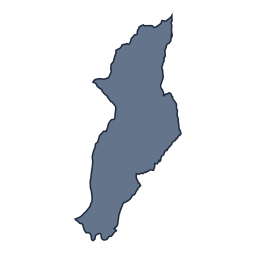 outline of Panqueba, Boyacá, Colombia
{"feature_id": "7082276B16553832193382", "entity_name": "Panqueba", "entity_type": "district", "adm_level": 2, "iso_a3": "COL", "parent_name": "Colombia", "parent_adm1": "Boyacá", "projection": "equal_earth", "projection_center": [-72.459, 6.443], "detail": "fine", "context": "isolated", "style": "filled", "palette": "slate", "viewbox_px": 256, "rotation_deg": 0, "n_neighbors": 0, "source": "geoboundaries", "source_scale": "gbopen_adm2", "svg_char_len": 5752}
<svg xmlns="http://www.w3.org/2000/svg" viewBox="0 0 256 256"><path d="M180.9,134.2L180.9,133.1L180.2,131.1L180.2,130.6L179.2,129.1L179.1,128.9L178.6,123.5L178.2,120.2L178.0,117.7L177.2,115.9L177.1,112.9L177.2,111.9L177.5,110.7L177.3,110.0L176.7,109.1L176.5,108.2L176.4,107.1L176.5,104.5L176.4,103.8L175.5,102.6L174.7,101.3L173.3,99.5L172.5,97.7L172.6,96.8L172.2,96.5L171.8,96.4L171.7,96.3L171.6,95.5L171.3,94.7L170.8,93.8L170.1,93.1L169.5,92.9L168.8,92.9L168.4,93.2L168.0,93.7L167.7,93.8L166.4,93.9L165.8,94.0L165.2,94.4L164.4,95.3L163.5,95.7L163.5,95.3L163.6,94.6L163.6,94.0L163.6,93.0L162.4,89.9L162.1,89.5L161.0,88.1L160.7,87.2L160.6,86.4L160.7,84.9L160.8,84.2L161.0,83.8L161.5,82.8L161.8,82.0L162.1,80.5L162.8,78.9L163.2,77.6L163.2,76.6L162.8,73.3L162.6,70.3L162.5,69.7L162.4,69.2L161.7,67.8L161.6,67.2L161.8,66.9L162.4,66.0L162.5,65.7L162.7,63.8L163.0,63.0L163.6,62.2L163.7,61.7L164.0,60.9L164.1,60.2L164.0,59.0L164.2,58.2L163.9,58.1L163.9,57.8L164.6,57.2L165.0,56.7L165.2,55.8L165.3,54.8L165.0,53.3L165.0,52.4L165.0,50.1L165.4,49.1L166.2,47.4L166.5,45.4L167.1,44.3L167.6,43.8L168.5,43.5L169.1,43.2L169.6,42.6L170.6,41.1L170.8,40.8L170.8,39.7L171.0,38.7L171.2,38.1L171.5,37.6L172.0,36.5L172.1,35.3L171.7,35.8L171.3,36.0L171.5,35.1L171.6,33.3L171.7,32.0L171.6,31.4L171.5,30.1L171.8,26.5L171.6,24.5L171.1,23.1L171.9,21.0L172.1,19.9L171.9,17.9L171.9,15.9L171.9,15.4L171.4,16.3L170.6,17.3L167.7,19.7L166.3,20.7L165.2,21.3L164.9,21.3L164.2,20.9L163.2,20.6L162.1,20.5L161.7,20.9L161.0,23.4L160.8,23.6L156.9,26.4L154.7,27.5L154.4,27.6L154.0,27.5L152.5,25.9L152.2,25.8L151.4,25.7L150.8,25.5L150.4,25.5L149.4,25.7L146.8,25.6L144.9,25.9L143.9,25.5L143.6,24.9L142.2,25.3L140.6,26.1L139.9,26.5L139.3,26.6L139.0,27.9L138.4,29.1L137.7,30.0L137.2,32.2L137.2,33.7L137.1,34.1L137.0,34.3L136.4,34.6L135.8,34.8L135.0,34.6L134.4,35.2L134.0,35.4L133.7,35.7L133.4,36.1L133.3,36.7L132.9,37.2L132.6,37.3L131.8,37.8L131.1,39.0L130.7,41.2L130.0,42.7L129.4,43.6L129.2,43.8L128.3,44.2L128.2,44.2L127.3,43.8L126.9,43.7L126.5,43.7L125.4,44.3L124.4,44.3L123.7,44.5L122.5,44.6L122.2,44.8L121.2,46.8L120.5,47.8L120.0,48.2L118.5,49.0L115.9,50.3L116.0,51.8L116.0,52.7L115.8,53.8L115.5,54.5L115.0,55.5L114.7,56.4L114.2,58.4L113.9,59.3L113.6,61.0L113.3,61.7L111.3,64.1L111.1,64.5L111.0,65.0L111.0,66.6L110.8,68.6L110.8,69.1L110.8,69.7L111.3,71.4L111.3,71.8L111.1,72.3L110.7,72.9L110.2,74.3L109.5,75.5L109.2,76.0L109.0,76.6L109.0,77.0L108.7,77.7L108.3,77.9L107.4,78.0L106.7,78.4L104.6,79.0L102.9,79.1L101.6,79.0L100.0,78.6L97.1,79.0L95.5,79.7L95.3,79.5L94.9,79.6L93.1,81.7L92.9,82.0L93.5,82.5L94.9,82.9L95.6,83.3L96.2,84.0L97.3,86.5L100.7,89.1L101.0,89.1L101.7,89.4L101.9,89.7L102.0,90.2L102.0,90.9L102.1,91.3L103.0,92.1L104.9,94.4L105.1,94.6L106.0,95.0L106.6,95.5L107.1,96.1L107.9,97.7L109.8,100.1L110.7,101.5L111.0,101.7L111.7,101.9L112.6,102.6L113.9,104.3L115.7,106.5L115.8,106.9L115.7,107.7L115.7,108.9L115.6,110.3L115.3,112.5L115.0,115.9L114.9,118.1L114.7,118.7L114.2,119.1L113.2,119.4L111.6,119.7L110.8,120.3L110.4,120.7L109.9,121.6L109.0,122.9L108.3,124.4L108.0,125.8L107.6,127.6L107.1,129.1L106.3,130.5L106.2,130.9L106.2,131.5L104.4,131.2L103.7,131.2L103.0,131.8L102.3,132.8L100.5,134.5L99.6,135.6L99.2,137.0L98.6,138.6L98.1,141.0L97.8,141.8L97.6,142.1L96.8,142.8L96.2,143.2L95.4,144.3L95.3,144.8L95.3,146.2L95.0,147.0L94.8,148.0L94.6,148.6L93.9,150.1L93.3,151.9L93.2,152.4L92.5,155.2L92.2,157.2L92.3,158.4L92.6,159.9L92.7,161.3L92.6,164.1L92.2,167.7L91.7,170.8L91.2,174.1L91.0,176.8L90.4,180.4L90.2,182.1L90.2,183.2L90.4,184.5L90.3,186.4L90.5,188.1L91.3,190.9L91.6,192.6L91.6,193.6L92.1,196.9L92.0,200.5L91.9,201.4L91.7,202.1L90.7,203.7L90.4,205.2L90.2,205.8L89.4,207.3L88.2,208.8L87.2,210.0L86.2,211.3L82.9,214.5L82.7,214.7L82.6,215.0L80.6,216.6L79.1,217.5L77.6,218.2L76.2,218.6L75.1,219.1L75.7,219.9L78.3,221.7L79.9,223.4L81.3,223.6L81.9,223.9L82.5,224.3L82.7,224.6L83.9,228.9L84.3,230.0L85.1,231.3L85.9,232.5L86.1,232.7L86.8,232.9L87.8,232.6L88.6,232.7L89.5,233.2L90.0,233.7L90.8,234.9L91.1,235.6L91.2,236.2L91.3,238.4L91.5,239.3L91.9,239.8L92.6,240.5L93.2,240.6L94.9,239.1L95.1,238.1L95.2,236.5L95.6,235.7L95.9,235.3L97.4,234.2L99.4,233.5L100.1,233.5L100.4,233.7L100.8,234.2L101.0,234.6L101.1,235.3L101.1,235.9L101.2,237.0L101.6,238.2L101.9,238.8L102.8,239.6L103.9,240.0L105.0,240.0L106.8,239.4L107.3,238.9L109.1,236.4L109.3,236.3L110.7,236.3L111.2,236.2L111.4,236.1L111.6,235.9L113.6,233.4L114.2,232.4L114.6,231.9L115.9,231.2L116.4,230.8L116.3,230.4L116.0,230.0L114.1,228.7L114.1,228.4L114.2,228.2L115.3,227.7L116.1,227.0L117.3,225.4L117.5,224.8L118.0,222.1L118.2,219.5L118.6,218.0L118.8,215.1L119.6,213.5L119.6,212.4L119.8,211.9L120.6,210.0L122.8,204.2L123.0,203.8L123.5,203.1L124.1,202.7L127.2,201.3L128.2,200.6L129.9,199.3L130.5,198.7L131.0,198.0L131.5,197.2L132.1,195.8L132.5,195.3L134.0,194.9L134.5,194.6L134.8,194.2L136.8,190.2L137.8,189.2L137.8,188.6L138.7,187.4L139.6,186.6L140.6,185.6L139.4,183.3L139.0,182.9L138.5,182.9L138.2,182.7L137.8,180.9L137.0,179.7L136.7,178.6L136.3,177.9L136.2,177.2L136.3,175.3L136.2,173.7L136.3,173.7L136.8,173.9L139.1,174.2L141.3,173.2L142.3,173.3L142.7,173.7L144.6,172.3L145.1,172.2L145.9,172.4L146.7,171.7L148.5,171.1L148.8,170.7L150.4,169.8L151.1,169.8L152.6,170.3L153.5,170.3L153.6,169.7L154.7,166.8L154.8,164.2L154.7,163.6L154.8,163.4L155.8,163.7L157.4,163.7L158.4,161.8L158.9,160.8L159.0,160.4L159.8,161.5L160.8,160.0L160.8,159.3L161.0,157.8L161.5,156.1L162.5,155.6L163.4,155.0L164.7,152.0L165.1,151.5L165.4,151.1L166.8,149.6L167.2,150.1L167.9,148.6L169.1,147.2L169.6,146.5L170.0,146.3L171.5,144.5L171.8,143.9L171.9,143.4L172.0,142.9L173.8,141.1L174.4,140.9L175.1,140.5L175.9,139.6L176.2,138.6L177.1,138.5L177.8,137.2L178.4,136.3L178.8,135.8L180.2,134.9L180.9,134.2Z" fill="#64748b" stroke="#1e293b" stroke-width="1.5"/></svg>